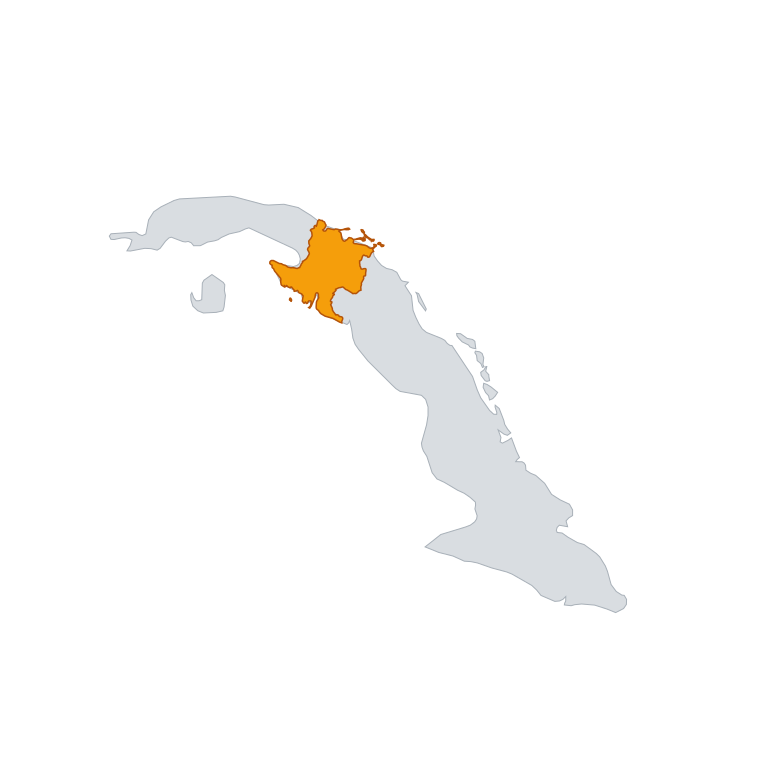 location of Matanzas within Cuba, rotated 24°
{"feature_id": "CUB-1430", "entity_name": "Matanzas", "entity_type": "Province", "adm_level": 1, "iso_a3": "CUB", "parent_name": "Cuba", "parent_adm1": "", "projection": "equal_earth", "projection_center": [-81.101, 22.655], "detail": "fine", "context": "in_parent", "style": "filled", "palette": "amber", "viewbox_px": 768, "rotation_deg": 24, "n_neighbors": 0, "source": "natural_earth", "source_scale": "10m", "svg_char_len": 9758}
<svg xmlns="http://www.w3.org/2000/svg" viewBox="0 0 768 768"><g transform="rotate(24 384 384)"><path d="M249.0,259.8L264.1,263.4L276.2,262.4L282.0,260.3L281.5,262.5L286.9,267.8L288.8,268.1L296.7,265.5L317.2,264.4L319.3,265.9L322.9,271.1L328.2,274.3L333.6,276.7L339.3,277.4L345.0,276.3L350.3,276.8L356.9,281.9L359.0,282.5L364.9,281.1L363.2,285.7L373.2,292.2L380.6,304.9L386.0,310.2L391.6,314.9L396.4,318.1L401.8,319.6L417.9,319.0L421.8,319.4L425.2,321.2L428.5,321.9L430.4,321.2L461.8,341.1L471.8,351.7L478.0,357.3L491.2,365.2L496.5,367.0L499.3,365.9L498.7,364.2L494.8,359.8L494.2,358.1L499.2,359.5L508.2,368.5L510.7,371.8L515.2,374.9L519.7,377.1L517.6,380.7L514.0,381.0L506.9,379.5L512.6,385.3L513.6,389.6L516.2,389.9L520.0,385.3L522.4,381.4L532.3,391.5L537.7,396.1L536.4,398.8L535.9,401.4L541.8,398.9L544.1,399.2L546.3,400.6L548.7,405.0L554.2,405.9L559.8,405.8L571.2,409.4L582.0,416.7L592.1,418.2L602.3,418.4L607.5,422.3L609.8,427.5L607.3,431.1L606.0,435.0L609.8,439.7L601.6,441.7L600.5,444.5L600.9,447.5L602.6,449.2L607.3,447.7L614.2,449.1L625.0,450.2L632.2,449.3L646.9,452.5L651.4,454.2L660.2,460.2L664.3,464.2L673.1,474.9L680.6,479.1L687.1,480.1L689.4,479.4L693.2,482.1L695.1,486.8L694.2,491.7L688.6,498.6L679.3,498.9L666.4,500.3L654.0,504.6L647.9,508.1L645.2,510.4L638.6,512.5L638.2,510.7L638.3,508.4L636.5,504.2L635.0,508.0L632.6,510.8L628.5,513.1L613.4,513.3L607.2,510.1L600.9,507.9L578.1,505.6L572.6,505.8L557.4,508.2L542.1,509.5L535.7,510.9L529.4,513.2L517.0,513.1L502.5,515.6L487.8,516.1L497.1,498.4L516.7,481.4L520.3,477.8L522.9,473.1L523.5,469.6L522.7,466.5L517.9,461.2L516.9,457.3L515.5,454.7L508.6,452.5L501.7,451.2L494.4,451.1L479.1,449.3L471.0,449.2L464.1,445.5L452.6,432.7L447.2,429.1L444.4,426.2L442.3,422.9L439.5,404.0L437.1,395.0L433.6,387.1L428.3,381.1L422.8,379.1L401.7,384.2L396.8,383.4L392.0,381.7L360.0,369.5L346.9,362.8L341.5,359.5L336.9,354.7L332.1,347.0L326.8,340.0L326.8,342.8L326.0,344.7L299.3,345.5L295.1,343.9L292.3,342.0L290.4,339.2L289.0,333.6L286.4,328.9L285.6,333.9L284.3,338.5L280.7,341.1L276.7,341.5L271.7,335.4L250.1,334.1L248.2,333.0L241.1,327.1L235.1,319.6L241.1,317.0L253.5,313.5L256.2,311.2L257.8,308.2L256.7,303.8L254.2,300.7L251.7,298.8L248.9,297.6L245.2,297.1L197.1,296.3L194.3,298.7L190.0,303.6L181.5,309.9L175.8,316.3L173.7,319.7L171.0,322.1L165.1,326.1L160.0,332.3L153.9,335.1L150.5,333.4L147.2,333.4L144.8,335.0L142.3,335.7L130.0,336.4L128.1,338.0L126.3,342.4L124.3,351.1L122.3,354.0L116.1,355.1L110.2,357.4L98.2,365.7L95.0,366.9L95.8,360.8L95.2,355.0L91.8,354.7L88.0,355.7L84.7,357.4L78.7,361.8L75.7,362.9L72.9,360.6L73.5,357.8L93.5,347.2L95.7,346.3L99.2,347.1L102.7,346.8L105.4,343.8L102.2,329.8L103.6,320.3L108.2,312.9L117.5,301.8L121.9,298.1L167.4,274.9L172.0,273.7L201.4,269.0L205.9,267.4L219.5,260.5L233.9,257.7L249.0,259.8ZM207.0,382.7L201.6,386.8L190.1,392.6L184.0,392.8L177.7,390.6L173.5,385.8L171.1,381.0L171.3,378.7L175.1,382.6L178.5,384.4L181.2,383.2L183.2,381.1L177.0,365.7L177.3,362.4L182.3,354.0L195.9,356.6L198.2,358.1L200.1,363.4L203.1,367.6L206.6,378.8L207.0,382.7ZM433.5,306.9L441.4,308.5L446.8,307.3L449.6,308.0L453.5,314.4L450.1,315.2L447.4,315.2L445.4,314.0L438.3,313.7L433.6,311.8L431.0,310.3L429.8,308.3L433.5,306.9ZM489.2,353.3L486.9,355.7L484.3,352.2L480.3,350.5L475.9,346.7L474.8,342.8L478.4,342.5L483.1,343.2L491.2,345.4L490.5,349.8L489.2,353.3ZM468.4,327.5L467.2,328.8L464.1,325.9L459.6,324.7L456.9,320.2L454.3,318.5L454.1,316.8L458.3,315.7L461.2,316.2L464.5,319.6L466.4,325.9L468.4,327.5ZM477.0,339.7L475.1,339.9L469.3,336.7L467.6,334.0L469.6,330.4L470.0,326.5L470.8,326.2L471.7,331.0L476.1,333.0L476.4,334.0L479.1,338.0L477.0,339.7ZM392.1,298.3L392.2,300.3L382.1,294.6L377.8,288.7L376.0,287.4L378.8,287.3L392.1,298.3Z" fill="#d9dde1" stroke="#a8b0b8" stroke-width="1"/><path d="M257.8,260.3L259.3,260.3L260.2,260.1L261.0,259.7L261.6,260.1L263.0,260.1L263.7,260.2L264.1,260.5L265.1,261.5L266.4,262.4L266.6,264.0L266.4,265.7L266.1,267.1L265.7,267.7L265.4,268.0L266.1,268.6L266.7,268.7L267.4,268.5L268.2,268.1L268.5,267.7L268.8,265.8L269.0,265.2L269.5,264.6L269.9,264.5L270.4,264.5L275.3,263.4L275.9,263.1L276.5,262.2L278.0,261.7L280.7,261.2L281.5,260.9L283.7,259.6L285.1,258.2L287.6,256.4L288.5,256.0L289.6,256.5L288.8,257.4L287.2,258.2L284.6,259.1L281.5,261.4L280.7,262.3L280.7,262.8L283.2,263.6L286.5,268.4L288.5,269.7L289.7,269.7L290.2,269.4L290.6,268.6L291.5,267.3L291.7,266.7L292.3,264.8L292.6,264.4L293.3,264.3L294.8,263.9L297.2,264.4L297.6,264.4L297.8,264.2L297.9,264.5L298.0,265.7L298.4,267.4L299.5,267.8L300.8,267.5L301.9,267.1L310.9,264.9L312.4,264.9L315.0,265.6L316.5,265.5L317.7,264.8L318.7,263.7L319.1,262.2L318.0,260.7L318.7,260.3L319.5,260.2L320.2,260.4L320.8,260.7L320.8,261.2L320.3,261.8L318.8,265.5L320.4,267.0L320.5,267.1L320.1,267.3L319.2,269.5L319.1,271.3L319.1,272.1L319.1,273.4L318.8,274.0L318.4,274.4L317.8,274.6L317.5,274.7L317.2,274.6L316.7,274.1L316.2,274.0L315.7,274.1L314.8,274.5L313.2,274.4L312.9,274.6L312.7,275.0L312.5,275.7L312.5,276.3L312.5,277.2L312.8,279.0L312.7,280.1L312.4,280.6L312.1,281.0L311.7,281.3L311.6,281.6L311.7,281.8L312.1,282.1L312.2,282.4L312.3,282.9L312.4,283.3L312.6,283.6L313.2,284.4L313.9,285.8L314.1,286.1L315.1,286.8L316.2,288.1L317.2,288.0L317.6,287.8L318.7,286.8L319.9,286.2L320.4,286.2L320.8,286.4L321.0,286.7L321.6,288.3L322.0,289.9L322.8,291.8L323.0,292.4L322.9,292.8L322.1,293.3L321.7,293.8L321.7,294.3L321.8,294.6L322.2,295.2L322.5,295.7L322.6,296.2L322.6,296.9L322.3,300.5L322.3,301.1L323.0,302.4L323.2,303.9L323.3,304.7L323.6,305.4L323.9,305.9L324.8,307.7L323.6,308.7L323.4,309.0L322.2,311.9L321.5,312.9L320.5,313.1L318.8,314.1L318.4,314.1L317.6,313.8L312.3,313.1L310.9,313.2L310.5,313.2L307.6,312.2L307.0,312.2L306.5,312.3L305.1,313.5L303.5,314.5L302.4,315.9L301.7,316.5L301.2,317.2L301.3,317.3L301.9,317.6L302.0,317.8L302.0,318.1L301.4,319.9L300.5,321.7L300.4,322.1L300.5,322.3L300.8,322.3L301.6,322.0L302.1,322.2L302.2,322.5L302.1,322.9L301.7,323.7L301.5,324.2L301.4,324.6L301.7,325.4L301.7,325.8L301.6,326.4L301.3,327.5L301.1,328.8L301.3,329.9L301.4,330.1L301.5,330.3L301.8,330.4L302.7,330.2L302.9,330.2L303.1,330.3L303.2,331.1L303.3,331.8L303.0,333.2L305.5,335.4L306.2,336.2L306.8,337.4L308.6,338.7L310.6,339.7L311.4,340.3L311.8,340.5L312.1,340.5L312.5,339.9L312.8,339.8L314.1,339.7L314.6,339.7L314.9,339.9L315.3,340.3L315.6,340.4L316.1,340.4L316.9,340.1L318.1,339.9L318.8,340.0L319.1,340.2L319.6,340.8L319.8,341.4L319.9,341.8L319.9,343.2L320.0,344.0L320.2,344.5L320.6,345.4L318.0,345.5L310.9,344.8L302.6,346.0L297.6,345.4L296.5,344.9L294.3,343.5L292.0,342.9L291.2,342.2L290.6,341.0L289.1,337.1L288.9,336.3L288.9,335.1L289.3,331.8L289.0,331.6L287.5,328.6L286.7,328.0L286.0,327.8L285.3,328.1L284.9,328.9L284.9,329.8L285.7,333.1L285.8,342.5L285.3,344.9L284.1,344.8L285.0,343.1L284.7,340.7L283.9,338.4L283.4,337.9L281.7,338.6L281.4,338.9L281.2,339.6L281.3,341.0L281.0,341.6L280.3,342.0L279.9,341.7L279.5,341.3L279.0,341.1L278.6,341.5L278.5,342.0L278.4,342.5L277.7,342.7L275.6,341.5L274.3,336.4L272.1,335.2L269.4,335.2L268.7,335.0L267.6,334.0L267.0,333.7L266.5,334.0L265.7,335.0L265.0,335.2L264.9,335.3L264.6,335.7L264.2,335.8L264.0,335.6L263.9,335.0L263.6,334.7L261.3,333.7L260.3,333.1L259.6,333.1L259.3,334.0L258.7,334.3L257.5,334.3L256.1,334.2L255.3,333.7L255.0,333.7L254.8,334.7L254.4,334.9L253.3,334.7L253.6,335.2L253.8,335.8L253.1,335.8L250.4,335.4L249.6,335.0L248.2,332.9L247.7,331.9L247.4,330.7L246.5,329.4L238.3,325.4L237.5,324.8L236.6,323.9L236.1,323.5L234.9,323.3L234.5,323.1L234.2,322.7L233.5,321.3L233.5,321.0L232.7,321.0L231.6,320.8L230.6,320.2L230.1,318.9L230.4,317.7L231.1,316.9L232.7,316.2L239.3,316.5L241.5,315.8L243.0,316.1L244.8,315.9L245.9,315.7L247.4,316.1L248.7,316.3L251.7,315.7L253.9,314.5L254.6,314.6L255.2,314.2L256.3,314.2L257.8,313.7L259.1,312.2L259.6,311.9L259.6,310.3L259.8,309.5L259.6,308.3L260.1,306.2L260.1,305.3L259.7,305.1L259.9,304.8L260.1,304.7L260.5,304.2L261.3,302.8L261.8,302.0L262.1,301.3L262.3,300.7L262.4,300.2L262.8,296.3L262.7,295.1L261.8,294.1L259.6,292.4L259.3,291.7L259.3,290.5L259.9,288.6L259.9,288.1L259.7,287.7L259.0,287.0L258.1,286.0L257.1,283.9L257.9,281.0L258.1,278.5L258.0,277.7L257.3,276.5L256.4,275.0L255.9,274.5L255.5,274.1L255.1,273.9L254.5,273.8L254.3,273.6L254.2,273.4L254.5,272.3L254.8,271.9L256.0,271.0L256.5,270.0L256.8,269.9L256.9,269.7L256.6,269.1L256.1,268.6L256.1,268.3L256.2,267.9L256.6,267.2L256.9,267.0L257.2,267.0L257.8,267.4L258.0,267.4L257.9,265.9L257.2,261.9L257.8,260.9L257.8,260.3ZM307.0,258.6L307.4,258.6L308.0,259.7L308.3,260.2L308.3,260.6L307.8,261.2L306.8,261.9L306.2,261.9L305.5,261.5L304.8,261.2L303.0,261.5L301.6,262.1L298.7,263.9L299.4,263.0L302.9,260.1L303.9,259.8L305.0,259.9L306.2,260.2L305.4,258.6L305.8,258.1L306.1,258.7L307.0,259.7L307.0,258.6ZM326.3,257.5L327.0,257.3L327.4,257.3L327.5,257.8L327.4,258.4L326.1,259.4L325.5,259.3L324.5,258.8L323.4,258.3L322.4,258.6L322.2,258.1L321.9,258.1L321.2,258.6L321.4,257.5L321.8,256.9L322.4,256.6L323.3,256.5L323.6,256.6L324.0,257.3L324.3,257.5L324.8,257.6L326.3,257.5ZM310.0,256.5L313.6,257.0L313.7,257.7L313.3,257.8L312.9,257.5L312.5,257.5L312.2,258.0L310.8,257.5L310.1,257.2L309.7,257.2L308.6,257.3L308.0,257.2L306.4,256.5L305.8,256.3L305.4,255.6L305.1,255.4L305.3,255.0L306.4,255.2L308.0,255.9L310.0,256.5ZM304.1,253.1L304.3,253.2L304.5,253.9L304.1,254.5L303.4,254.4L302.8,254.1L302.1,254.0L301.5,253.7L300.9,252.8L300.4,252.6L300.8,252.1L302.1,251.9L303.7,253.1L304.1,253.1ZM265.1,344.5L265.5,345.0L265.6,346.1L265.1,346.2L264.5,345.7L263.9,345.8L263.6,345.7L263.3,345.2L263.2,344.6L263.2,343.9L263.6,343.6L264.2,343.8L265.1,344.5ZM316.1,256.0L316.3,256.3L316.4,256.9L316.3,257.4L315.9,257.4L315.8,258.0L315.5,258.1L314.8,257.9L314.4,258.2L314.3,258.7L314.1,258.5L314.1,257.5L314.6,256.7L315.6,256.2L316.1,256.0Z" fill="#f59e0b" stroke="#b45309" stroke-width="1.5"/></g></svg>